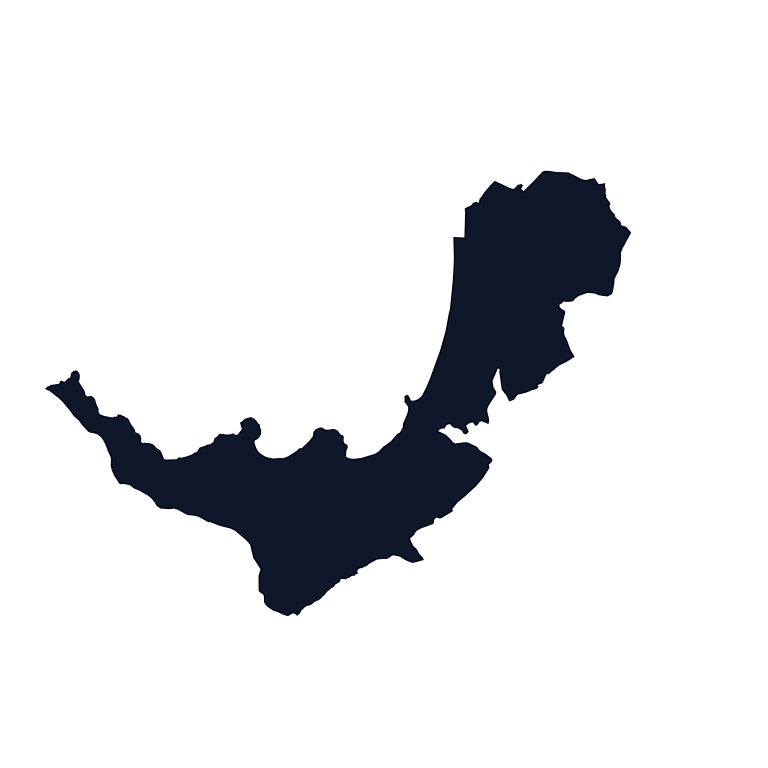 Lien Chieu, Đà Nẵng, Vietnam, rotated 239°
{"feature_id": "81297802B84719552891507", "entity_name": "Lien Chieu", "entity_type": "district", "adm_level": 2, "iso_a3": "VNM", "parent_name": "Vietnam", "parent_adm1": "Đà Nẵng", "projection": "albers", "projection_center": [108.134, 16.122], "detail": "fine", "context": "isolated", "style": "filled", "palette": "ink", "viewbox_px": 768, "rotation_deg": 239, "n_neighbors": 0, "source": "geoboundaries", "source_scale": "gbopen_adm2", "svg_char_len": 6152}
<svg xmlns="http://www.w3.org/2000/svg" viewBox="0 0 768 768"><g transform="rotate(239 384 384)"><path d="M500.2,583.2L499.1,578.6L496.0,569.1L493.3,563.5L493.0,561.9L491.2,560.1L489.8,559.8L489.8,558.6L491.6,556.3L492.1,556.3L492.1,555.1L492.7,553.7L491.7,551.9L491.5,547.2L492.1,547.1L492.0,543.9L490.0,543.2L467.1,528.6L473.2,519.4L454.9,509.0L447.9,504.4L436.5,496.6L413.9,479.8L409.7,475.6L397.0,464.4L383.6,450.2L365.0,427.4L359.6,420.0L354.0,411.4L353.3,409.4L352.7,405.0L353.5,400.9L355.6,397.6L360.6,398.4L361.5,398.2L362.3,397.4L362.3,395.8L357.9,393.1L351.9,393.7L348.9,391.9L346.1,389.3L339.5,380.2L336.7,378.4L333.4,372.8L333.7,370.6L333.4,369.1L330.7,360.8L329.9,353.3L330.0,351.3L328.1,344.2L328.1,340.0L331.5,326.6L334.4,319.9L335.6,317.9L338.4,314.7L340.9,313.4L342.0,313.6L346.6,316.7L349.1,320.1L351.3,320.1L353.1,319.0L354.4,318.8L356.5,319.4L359.6,321.6L360.6,321.6L362.8,320.0L367.2,319.6L369.5,318.5L371.2,316.6L372.6,312.9L374.4,309.8L378.3,307.8L379.2,305.5L379.6,301.9L378.8,299.7L377.3,298.0L375.1,296.5L372.9,290.6L370.6,280.4L371.8,278.0L370.9,274.4L370.6,264.7L371.5,259.1L372.9,257.5L376.7,250.0L380.4,246.0L382.5,244.2L387.0,241.9L390.2,240.9L393.1,240.6L395.4,240.9L399.2,241.6L402.1,242.8L402.9,244.3L402.6,246.9L403.1,249.2L405.0,252.2L408.2,254.4L410.4,254.5L413.3,255.8L414.0,255.2L418.3,254.9L421.4,253.9L423.5,252.5L425.1,247.0L424.2,242.1L424.3,241.2L418.5,239.8L417.7,239.1L415.6,233.6L415.3,231.8L416.6,229.7L418.7,228.8L419.6,225.3L422.2,221.1L423.7,219.6L424.5,217.7L425.4,217.1L424.4,214.9L423.9,210.7L421.8,208.7L421.2,206.2L421.3,203.3L422.3,201.1L422.4,198.8L423.7,193.4L421.3,188.7L422.1,185.5L421.6,183.6L423.3,175.3L424.1,173.4L424.0,172.4L425.9,170.5L426.0,169.2L425.3,167.7L431.0,157.6L432.4,156.3L433.2,156.1L440.2,157.3L441.9,157.2L443.4,156.8L445.1,155.6L450.6,154.4L453.5,152.1L455.8,148.5L456.4,148.2L456.8,146.2L459.0,145.2L460.7,145.6L462.9,147.4L465.2,148.0L467.7,147.3L470.6,145.1L473.3,146.2L480.5,145.7L484.8,146.1L486.6,145.8L487.7,144.8L489.9,144.0L490.8,142.9L492.9,142.0L493.3,140.9L494.0,140.5L492.8,137.0L492.9,136.6L494.1,136.2L494.0,135.0L495.0,133.0L500.1,127.3L503.3,124.7L504.7,124.1L507.1,124.0L510.3,126.0L514.5,126.2L519.7,127.6L520.9,127.5L522.5,127.2L523.9,126.4L525.6,122.7L527.3,121.6L532.9,123.1L543.7,122.8L544.7,123.6L545.1,124.7L548.3,127.1L550.6,127.5L553.0,127.2L554.0,126.1L553.9,125.1L554.3,124.1L553.7,121.8L550.2,118.7L550.8,116.7L549.7,112.1L550.2,110.1L552.3,109.0L552.3,107.9L550.8,105.8L550.9,105.1L554.1,97.7L553.8,95.9L554.4,94.4L553.9,92.1L549.8,94.7L538.4,99.0L534.8,99.9L524.5,101.6L516.1,102.4L510.2,104.3L504.4,104.8L495.9,106.6L494.2,107.5L492.3,109.9L488.9,113.0L484.5,114.7L480.4,115.1L475.0,114.7L469.5,113.6L462.1,112.8L459.7,111.8L454.4,108.3L449.5,106.8L443.0,106.2L435.2,106.6L434.3,107.1L433.1,109.7L428.9,114.4L423.0,116.9L420.1,119.3L410.4,124.8L406.0,126.4L402.3,127.0L396.3,127.2L392.8,128.9L387.8,136.1L386.2,139.9L383.3,142.9L373.6,148.4L369.9,153.4L366.9,156.6L363.6,158.9L356.7,162.6L355.7,164.4L347.8,170.4L339.5,178.7L335.2,181.4L321.6,186.1L315.1,187.2L302.1,183.1L288.5,183.5L283.7,178.2L271.1,170.8L270.0,170.9L266.3,172.7L265.1,172.8L262.7,172.0L258.8,169.6L256.5,169.4L252.7,170.3L247.1,173.0L243.6,176.1L239.3,178.8L235.5,182.1L235.1,183.4L235.2,186.8L234.8,188.7L232.5,190.3L230.8,190.7L231.4,193.4L233.2,196.6L234.2,201.2L234.3,203.5L233.0,207.5L233.7,212.4L233.6,214.8L233.1,216.1L233.3,219.2L234.3,221.9L234.5,224.3L235.9,227.7L236.8,233.0L236.8,237.0L238.0,238.6L237.8,243.8L238.0,244.4L239.0,244.6L239.7,246.2L239.2,248.3L236.9,251.0L237.1,253.2L236.5,254.8L237.0,256.3L236.4,258.8L235.6,260.0L236.4,261.4L235.6,263.1L236.5,263.8L238.3,263.7L238.6,265.7L239.5,266.4L239.1,267.4L239.3,268.6L238.2,270.4L238.2,273.0L237.6,275.3L238.3,278.1L237.9,287.6L235.4,293.2L233.5,296.1L233.1,298.9L233.5,301.8L233.1,304.2L228.2,309.4L222.6,312.1L217.4,315.9L216.6,316.9L215.5,319.9L213.6,326.9L215.9,327.1L219.5,326.0L225.1,326.3L230.4,325.0L235.5,325.4L238.8,326.2L240.0,332.3L240.8,333.0L242.1,336.5L241.9,341.5L239.5,353.6L240.0,354.8L242.4,356.6L243.4,359.7L243.1,360.8L240.6,362.9L240.2,364.5L240.2,377.0L241.7,377.3L242.5,378.1L245.4,386.1L246.7,395.6L249.2,407.7L250.3,412.1L253.5,421.1L258.2,430.4L258.8,430.8L261.0,431.4L261.6,432.2L262.4,435.9L263.7,437.3L265.6,436.9L271.4,434.6L277.1,431.3L281.9,430.7L289.7,425.5L290.8,424.5L292.4,421.7L295.8,413.8L297.4,412.8L304.5,411.3L309.2,409.8L315.9,405.1L317.1,407.5L317.0,409.9L315.6,413.1L317.1,415.7L317.1,418.0L316.8,419.2L315.6,420.8L313.4,421.0L310.5,422.3L308.8,424.8L304.8,427.2L300.8,427.4L299.4,428.5L299.6,430.5L300.3,431.5L304.9,431.9L306.4,432.5L306.9,433.3L307.1,436.2L306.8,438.6L305.8,440.9L301.7,441.6L301.4,442.7L303.1,446.3L302.8,447.9L302.0,449.4L297.0,453.0L298.3,454.3L301.7,455.9L306.6,457.2L309.8,459.0L312.3,462.3L317.8,473.7L319.5,475.4L324.7,475.4L331.2,478.0L339.7,489.7L337.1,491.8L334.9,489.8L319.1,483.1L318.0,482.9L311.0,483.7L305.1,483.2L304.4,487.2L306.7,492.5L306.7,493.4L304.2,501.3L303.1,508.3L301.9,512.2L302.7,514.4L304.5,514.1L304.7,516.6L304.0,518.1L304.0,520.4L309.4,528.0L309.5,529.7L308.3,530.4L309.3,535.3L309.1,537.0L309.7,538.4L310.3,544.1L309.7,553.8L309.9,560.7L317.3,560.7L327.8,562.8L332.2,562.9L335.9,564.2L338.7,566.5L340.0,566.6L341.3,565.8L342.9,566.3L352.5,575.7L353.7,575.8L356.0,574.5L359.0,573.5L361.6,574.2L362.3,574.7L362.3,577.8L363.2,580.6L361.5,582.4L358.8,587.3L358.5,588.6L359.6,592.7L359.9,596.2L358.0,605.7L353.2,612.2L350.3,614.1L346.9,618.0L344.6,621.2L344.4,625.1L345.8,627.3L351.8,632.4L356.1,635.5L360.5,642.6L364.8,647.4L368.4,650.2L375.2,654.3L378.0,658.0L386.8,673.0L393.6,671.9L397.2,668.7L398.5,668.6L401.4,669.5L407.6,667.4L410.5,668.3L414.4,667.4L416.9,667.3L420.0,667.9L421.0,668.4L422.1,670.0L423.0,670.3L429.9,669.8L431.3,670.8L433.5,671.4L436.7,673.5L440.8,675.0L441.9,675.9L444.0,670.6L445.5,670.1L451.5,669.9L454.1,662.0L455.6,660.1L457.5,658.3L469.8,650.6L476.3,640.6L481.3,634.5L483.4,630.9L483.6,629.0L479.9,616.4L476.6,602.1L481.2,601.3L482.9,604.5L484.3,604.0L484.2,602.6L485.0,601.9L483.4,595.1L487.2,592.0L500.2,583.2Z" fill="#0f172a" stroke="#020617" stroke-width="1.5"/></g></svg>